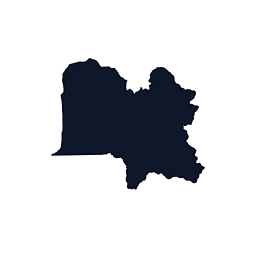 Chiclayo, Lambayeque, Peru (Mercator projection), rotated 46°
{"feature_id": "86281439B7276941823371", "entity_name": "Chiclayo", "entity_type": "district", "adm_level": 2, "iso_a3": "PER", "parent_name": "Peru", "parent_adm1": "Lambayeque", "projection": "mercator", "projection_center": [-79.536, -6.829], "detail": "fine", "context": "isolated", "style": "filled", "palette": "ink", "viewbox_px": 256, "rotation_deg": 46, "n_neighbors": 0, "source": "geoboundaries", "source_scale": "gbopen_adm2", "svg_char_len": 5799}
<svg xmlns="http://www.w3.org/2000/svg" viewBox="0 0 256 256"><g transform="rotate(46 128 128)"><path d="M170.8,169.5L172.2,169.1L172.4,168.1L174.4,167.3L174.5,167.2L174.4,166.6L174.9,165.5L175.2,165.3L176.5,165.0L176.9,164.8L177.1,164.1L177.1,163.9L176.3,163.2L175.9,162.6L175.9,162.4L176.1,162.0L176.2,161.4L175.3,159.3L175.2,158.3L174.9,157.3L175.7,156.0L175.8,155.8L175.4,154.8L175.4,154.0L175.6,153.5L176.6,152.4L176.6,151.5L176.3,150.6L175.9,149.9L174.3,148.2L174.1,147.2L174.3,146.5L174.1,145.2L174.1,143.2L175.4,142.0L176.1,141.7L176.4,140.8L177.3,139.4L182.0,138.0L182.4,137.4L182.2,136.6L182.5,135.8L184.2,134.3L185.4,134.5L186.4,134.9L187.1,134.3L187.7,134.2L188.8,134.5L190.1,134.5L190.5,134.4L191.1,134.6L192.1,134.1L192.7,133.6L193.3,132.9L193.6,131.3L193.5,130.3L194.0,129.4L194.1,129.0L195.5,127.4L195.8,126.3L196.1,126.2L196.9,126.3L198.6,125.2L199.7,125.0L201.0,123.1L202.3,122.3L205.9,122.0L206.6,121.5L207.0,120.7L209.0,119.4L210.7,118.9L212.1,118.9L212.6,118.6L213.3,118.2L213.6,117.3L213.9,117.1L213.7,116.0L213.4,115.3L212.6,114.5L212.4,113.9L212.2,113.3L212.2,111.8L211.4,110.4L210.3,109.5L210.1,109.0L210.1,108.5L210.5,107.6L210.8,106.5L210.3,105.5L209.3,104.8L209.5,103.9L209.5,101.1L209.3,100.8L208.8,100.9L208.0,101.4L206.5,101.8L205.5,101.7L203.4,101.1L203.1,102.0L202.3,103.0L200.7,103.8L200.0,103.8L199.7,104.3L199.5,103.8L199.2,103.7L199.3,103.4L199.1,102.9L198.4,101.7L198.3,100.1L198.1,99.8L196.9,99.1L194.7,99.9L194.4,99.9L193.5,99.2L192.8,98.3L192.4,97.4L192.3,96.8L191.7,96.0L191.2,94.8L189.8,95.1L188.6,94.9L187.0,95.5L186.7,96.0L185.3,96.0L184.9,96.2L183.8,96.3L182.3,96.6L180.4,96.1L179.4,96.1L177.3,95.8L177.0,95.3L176.6,94.0L176.8,93.4L176.8,93.0L176.5,92.6L176.2,91.3L175.6,90.6L173.2,89.8L171.8,89.6L171.5,88.6L171.0,88.3L169.6,88.8L169.1,88.8L168.2,89.4L167.1,89.5L165.8,88.1L165.0,87.5L163.5,87.2L163.4,87.1L163.9,85.8L164.6,85.5L165.3,85.4L165.9,84.7L166.2,83.7L166.0,82.9L166.5,82.5L166.7,81.9L167.2,81.0L168.8,80.4L168.9,80.2L167.9,78.2L167.4,77.6L167.3,77.0L166.6,76.2L167.0,75.6L166.9,75.1L166.4,74.2L166.0,73.8L165.2,73.4L164.3,73.2L163.7,73.2L164.3,72.5L164.3,72.1L163.9,70.9L162.9,70.3L162.4,69.0L162.6,68.5L162.7,67.5L162.5,66.9L162.6,66.2L162.4,65.0L161.8,63.8L161.9,63.1L161.5,62.9L160.8,63.0L159.8,63.5L158.0,65.3L156.7,65.4L155.9,65.6L155.3,66.2L154.9,67.2L154.6,67.4L153.7,67.2L152.9,66.7L151.5,66.4L151.3,66.0L151.1,66.0L150.9,65.6L151.4,64.3L151.4,63.1L151.7,62.3L151.6,61.6L151.9,59.8L151.1,58.5L150.9,57.5L150.3,56.3L149.8,55.9L149.2,55.0L148.4,54.8L147.4,54.9L147.1,55.1L146.5,55.9L145.6,56.6L145.1,56.8L144.1,56.9L143.6,57.5L142.8,57.8L142.6,58.2L142.0,58.6L141.4,59.4L141.7,60.3L141.5,60.7L139.3,60.9L138.0,61.2L137.7,61.5L136.9,61.8L136.3,63.1L135.5,62.3L134.0,61.8L132.9,61.5L132.4,61.6L131.0,62.1L130.2,62.8L129.5,62.9L127.0,62.7L126.5,62.3L125.0,61.5L123.8,60.3L122.6,59.7L121.7,59.5L120.9,59.7L118.9,59.9L117.7,59.6L117.3,59.6L116.7,60.2L114.5,60.1L112.7,60.2L110.6,60.6L110.0,60.9L109.7,60.9L108.6,61.5L107.9,62.3L107.2,62.8L106.8,63.6L105.1,65.2L105.5,66.9L105.1,67.4L105.1,67.7L104.7,68.4L104.6,69.6L104.5,70.1L104.3,70.2L104.6,70.8L104.7,71.7L104.9,72.2L104.9,73.6L105.9,75.4L106.5,75.7L107.0,75.5L107.6,75.9L108.5,78.4L108.6,79.8L108.8,80.1L109.3,80.3L109.9,80.1L110.4,79.8L110.9,79.3L111.5,78.9L112.1,79.7L112.9,80.0L113.0,80.3L112.8,81.9L112.8,83.4L113.1,83.6L114.0,83.7L115.1,84.6L115.6,85.6L115.8,86.5L115.3,87.0L115.0,88.3L114.7,88.3L114.2,88.0L113.5,87.9L112.3,88.6L112.0,89.0L112.0,90.0L111.5,91.4L110.2,91.6L109.2,90.9L108.6,90.6L108.4,90.7L108.9,91.2L108.9,91.6L109.1,92.0L109.5,93.6L109.0,96.3L108.2,97.3L108.5,97.9L108.4,98.8L108.6,99.4L108.6,100.6L108.5,101.2L107.3,100.5L105.1,99.7L103.8,99.5L102.6,99.9L101.6,99.9L100.9,102.9L100.9,103.4L100.4,104.0L100.0,103.6L99.1,103.3L98.6,102.7L97.1,101.7L96.4,101.1L94.3,98.5L93.8,98.2L93.4,98.5L93.1,98.4L93.3,96.7L93.2,96.4L92.9,96.2L92.7,96.2L92.3,96.5L91.9,97.0L91.0,97.4L89.8,97.5L88.7,97.2L88.1,97.8L87.4,98.1L87.2,97.9L86.9,98.0L86.6,98.5L84.6,98.1L84.4,97.9L84.1,98.0L82.0,97.6L80.9,97.1L80.6,97.1L80.5,97.3L80.0,97.1L79.5,97.2L79.2,96.9L76.8,96.8L75.8,96.5L73.9,99.1L71.0,99.5L65.5,105.7L64.9,105.7L64.3,105.4L62.2,105.1L61.8,105.3L60.9,104.7L60.3,104.6L60.0,104.7L58.2,104.5L57.9,104.7L57.0,104.7L56.5,105.2L55.7,105.4L55.7,105.6L55.3,105.8L54.8,105.8L54.8,106.2L54.5,106.7L52.3,106.9L52.0,107.3L51.8,107.9L51.4,108.2L51.4,109.0L51.6,110.5L51.2,112.5L50.9,113.2L50.0,114.3L49.4,115.4L47.4,116.6L42.1,126.1L42.2,126.7L42.7,127.5L43.0,129.8L43.0,131.7L43.7,133.9L43.6,134.6L43.7,135.1L44.1,136.0L44.3,137.3L46.2,138.9L47.5,140.5L48.0,141.5L49.8,142.7L51.5,143.7L52.4,144.3L55.5,146.6L56.7,147.8L57.6,148.8L58.1,149.8L58.2,150.7L58.0,151.4L58.3,151.8L58.5,152.2L58.5,152.4L58.1,152.8L58.1,153.1L60.1,154.7L61.1,155.2L64.7,157.8L71.4,163.9L72.6,164.7L74.6,166.5L77.3,169.3L81.6,173.1L84.5,176.1L85.4,177.3L85.6,177.8L85.5,178.1L85.7,178.4L90.8,183.4L94.5,187.7L95.7,189.3L96.3,190.4L96.3,190.9L96.5,191.7L96.5,193.1L96.1,194.0L96.5,195.1L96.6,196.0L95.9,197.5L95.9,198.6L95.5,199.5L94.8,200.3L94.8,200.7L94.7,201.0L94.8,201.2L123.9,169.9L128.6,165.0L130.4,162.3L131.0,161.9L131.5,161.3L131.6,160.8L131.5,159.4L131.9,159.0L132.4,158.9L132.9,157.7L134.1,157.0L134.6,157.2L135.4,158.0L135.6,158.0L136.5,157.3L137.2,157.0L139.0,157.8L139.9,157.2L141.1,156.9L141.3,156.8L141.8,155.9L143.4,154.1L144.0,152.6L144.7,152.7L145.0,153.0L145.6,152.8L146.1,153.0L146.5,152.9L147.6,153.1L149.1,154.1L152.9,154.7L155.4,154.9L155.5,155.0L155.5,156.3L156.3,156.4L156.9,156.4L157.1,156.5L157.3,157.0L157.3,157.7L157.9,158.9L159.5,159.9L160.3,160.8L160.7,160.9L161.3,160.8L161.8,160.9L162.0,162.2L162.4,162.6L162.8,163.6L163.3,163.9L164.0,165.0L165.2,165.7L167.6,166.2L168.7,167.1L169.3,168.2L170.0,169.0L170.8,169.5Z" fill="#0f172a" stroke="#020617" stroke-width="1.5"/></g></svg>